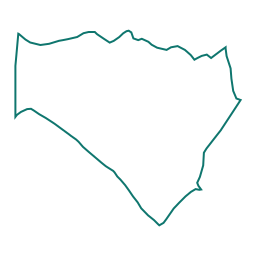 the district of Nanee, River Gee, Liberia
{"feature_id": "62588387B68127744098501", "entity_name": "Nanee", "entity_type": "district", "adm_level": 2, "iso_a3": "LBR", "parent_name": "Liberia", "parent_adm1": "River Gee", "projection": "natural_earth1", "projection_center": [-8.141, 5.155], "detail": "fine", "context": "isolated", "style": "outline", "palette": "teal", "viewbox_px": 256, "rotation_deg": 0, "n_neighbors": 0, "source": "geoboundaries", "source_scale": "gbopen_adm2", "svg_char_len": 1384}
<svg xmlns="http://www.w3.org/2000/svg" viewBox="0 0 256 256"><path d="M15.4,116.9L17.0,114.8L21.0,111.9L27.1,109.1L31.0,108.8L33.8,110.5L39.2,114.2L45.8,118.0L54.5,123.7L59.4,127.3L67.7,133.4L68.3,133.8L71.0,135.9L76.1,139.5L77.3,140.6L78.6,141.8L82.9,146.8L88.5,151.7L100.4,161.8L102.2,163.3L105.8,166.2L108.6,168.0L110.2,169.0L113.2,170.9L114.5,172.3L117.3,176.5L120.5,179.7L125.2,185.2L129.0,190.5L133.0,196.4L137.7,202.4L141.2,208.3L148.1,215.4L149.9,216.8L154.0,220.1L158.0,224.1L159.3,225.3L163.5,222.9L166.2,219.3L173.7,208.5L179.1,202.8L184.2,197.7L185.5,196.4L187.3,194.9L190.9,191.9L195.6,189.1L199.3,189.8L201.1,189.5L198.4,185.8L197.2,182.8L199.9,176.9L203.2,165.4L203.9,152.7L206.5,148.5L216.4,135.8L220.9,130.1L221.5,129.1L232.3,112.7L232.5,112.4L240.6,100.0L236.4,98.5L233.2,90.9L231.4,78.6L230.6,68.4L226.6,56.1L225.6,48.5L225.6,47.3L220.6,50.8L211.1,58.0L206.8,54.6L201.7,55.9L197.5,58.0L194.4,59.7L191.2,55.6L190.7,55.0L184.9,49.9L177.6,46.1L171.0,47.3L166.6,49.9L157.1,47.7L151.6,44.7L148.4,41.8L141.8,38.8L138.2,40.1L133.4,38.4L131.3,32.4L130.2,31.7L128.7,30.7L126.5,31.2L123.2,33.3L119.2,37.1L113.7,40.9L109.7,42.6L103.9,38.8L97.7,34.6L97.0,34.1L94.8,32.0L88.6,32.0L83.5,33.2L77.2,37.0L68.1,39.1L63.0,40.1L59.0,40.8L49.1,43.8L40.4,45.0L30.2,42.5L25.4,39.5L18.9,34.0L18.3,33.7L16.2,57.1L15.4,65.9L15.4,116.9Z" fill="none" stroke="#0f766e" stroke-width="2"/></svg>